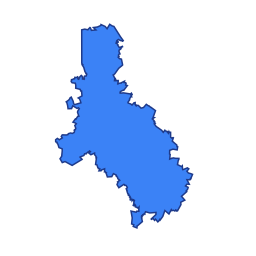 the district of Mangaung, Free State, South Africa, rotated 202°
{"feature_id": "47623444B22599792684232", "entity_name": "Mangaung", "entity_type": "district", "adm_level": 2, "iso_a3": "ZAF", "parent_name": "South Africa", "parent_adm1": "Free State", "projection": "albers", "projection_center": [26.542, -29.381], "detail": "fine", "context": "isolated", "style": "filled", "palette": "blue", "viewbox_px": 256, "rotation_deg": 202, "n_neighbors": 0, "source": "geoboundaries", "source_scale": "gbopen_adm2", "svg_char_len": 5766}
<svg xmlns="http://www.w3.org/2000/svg" viewBox="0 0 256 256"><g transform="rotate(202 128 128)"><path d="M51.0,70.1L50.2,76.8L51.3,78.9L48.3,82.4L52.8,84.7L49.7,91.0L50.5,91.4L49.9,93.0L49.8,94.1L50.0,95.5L53.0,95.8L52.3,98.0L50.1,98.8L54.0,102.2L51.1,103.2L50.6,104.6L50.8,104.8L51.1,104.7L51.0,105.1L50.8,105.2L50.8,109.2L52.8,109.2L55.2,108.9L57.2,110.0L56.3,112.9L58.0,113.3L61.5,109.9L62.0,110.3L63.5,113.3L63.9,112.3L68.4,112.6L69.2,116.4L69.1,118.1L69.4,118.9L72.5,117.7L74.9,117.2L76.2,116.1L76.3,116.2L77.7,114.8L79.0,119.3L79.7,119.4L81.0,122.9L78.4,125.2L74.2,126.1L74.9,129.2L75.6,129.1L76.4,130.5L82.0,132.4L82.3,135.8L82.6,135.7L82.7,135.9L82.9,135.8L82.9,134.9L85.0,135.4L86.9,140.0L88.3,139.6L88.6,139.9L88.4,138.2L90.0,138.9L90.0,139.5L92.5,139.3L93.0,139.7L93.7,137.2L96.0,138.5L102.5,140.0L105.2,141.7L104.5,142.6L106.2,143.5L105.8,144.1L107.9,145.2L108.8,145.5L107.6,147.4L108.7,147.1L109.0,154.4L114.5,155.8L114.8,155.7L116.9,156.4L117.4,156.2L119.9,156.8L121.3,152.8L123.3,151.3L126.9,152.8L128.5,152.3L128.5,151.7L129.1,151.7L129.2,152.4L130.2,152.4L130.9,154.3L131.8,153.7L132.9,150.8L134.4,151.3L137.2,151.2L137.7,151.9L137.0,154.8L137.5,155.3L137.1,158.0L136.3,158.3L137.6,159.6L136.6,160.4L136.6,160.5L137.9,161.6L138.4,160.5L145.3,158.9L148.3,157.4L148.8,158.3L148.2,159.6L146.3,161.6L146.0,161.5L144.5,167.1L146.3,166.9L146.5,168.6L146.9,168.7L147.1,169.1L148.6,168.7L148.8,170.1L151.3,167.3L151.2,167.1L153.6,165.8L153.7,165.1L154.0,165.0L154.7,168.2L155.0,168.4L156.1,167.6L156.8,167.6L157.1,167.9L157.0,167.5L157.2,167.2L158.3,166.8L158.8,169.1L161.6,171.6L161.2,172.0L160.5,173.4L159.0,179.8L156.6,184.3L156.8,184.8L159.9,189.4L161.9,189.1L163.7,190.0L163.6,190.5L163.1,190.9L164.2,192.0L164.0,193.1L163.2,193.7L165.0,195.5L165.4,196.9L164.3,198.5L164.4,198.8L164.3,199.4L164.4,199.6L164.3,199.9L164.1,200.0L164.1,200.7L163.9,200.9L163.9,201.2L163.6,201.4L163.8,201.6L166.1,199.3L168.6,201.0L168.5,201.4L170.1,202.2L170.9,202.2L170.9,202.8L170.6,203.2L169.9,203.3L169.3,203.8L169.6,204.4L170.3,204.3L170.8,203.8L171.1,204.0L171.1,204.8L170.1,206.5L169.9,206.5L169.7,206.4L169.4,206.5L168.6,206.3L168.2,206.4L167.4,206.3L166.2,206.6L165.6,206.4L165.4,206.5L165.4,207.0L165.2,207.3L169.2,209.8L179.1,216.9L180.9,216.7L183.8,217.3L184.6,212.2L187.2,213.6L191.8,213.8L191.6,212.9L194.2,210.2L197.7,208.2L194.5,206.9L198.5,204.8L200.4,206.8L200.9,206.9L201.9,204.6L202.0,204.0L205.1,203.5L207.7,201.7L195.1,170.7L193.7,169.8L194.2,169.4L191.7,167.6L189.0,164.1L187.9,163.4L187.5,162.8L187.0,162.9L187.0,162.6L186.4,162.3L186.3,162.1L186.4,161.6L186.2,160.7L186.8,160.2L187.7,159.9L187.9,159.5L187.6,158.2L186.8,157.1L186.9,156.7L187.9,156.7L188.5,156.4L188.9,157.4L189.5,158.3L190.1,158.9L191.0,159.3L191.2,159.0L191.9,157.1L191.8,156.2L192.0,155.5L191.9,154.7L192.3,154.5L193.0,155.0L193.2,155.4L193.4,156.2L193.6,156.5L194.0,156.6L194.4,155.8L195.0,155.3L196.2,155.1L196.0,153.6L197.1,153.0L197.7,152.0L198.5,151.7L198.1,149.8L196.8,149.0L193.6,149.8L192.3,147.8L191.4,145.3L186.7,145.9L185.8,144.6L184.9,144.9L182.7,140.5L185.4,137.2L184.1,137.0L182.6,135.6L181.1,133.7L186.2,129.7L187.4,130.1L188.9,132.3L192.2,135.4L193.0,134.3L193.0,133.6L193.2,132.3L193.8,131.1L195.1,129.1L194.2,128.6L192.4,126.2L190.8,123.4L187.6,124.8L187.5,127.9L182.6,127.1L181.6,128.2L180.4,127.7L180.9,125.0L180.8,123.8L178.0,120.5L179.0,119.9L179.6,116.6L180.2,116.7L181.2,112.8L178.7,112.9L177.5,112.6L178.3,110.4L176.3,108.2L176.2,106.8L176.8,106.6L177.1,105.8L176.5,105.2L176.2,104.0L176.3,103.6L177.6,102.1L179.3,101.9L181.2,100.4L181.2,99.4L182.4,98.5L186.4,97.0L186.7,95.1L185.2,94.2L187.3,91.4L189.6,91.9L190.7,90.0L190.0,88.3L189.5,88.0L188.4,88.2L187.9,87.2L186.9,86.7L184.7,84.0L181.2,84.0L180.4,82.1L178.9,77.0L179.5,74.0L176.0,71.3L173.8,73.3L165.8,72.4L158.8,81.7L159.2,82.0L161.5,82.9L161.6,83.2L158.6,86.0L158.6,87.8L157.7,88.1L157.1,88.4L157.3,88.9L156.1,90.3L156.1,90.9L155.5,91.3L155.1,92.3L154.0,92.0L154.9,90.1L152.4,89.3L149.6,92.2L148.9,90.7L147.0,89.7L146.5,88.4L146.1,88.6L144.4,82.0L143.0,82.2L141.2,80.0L140.8,79.9L140.3,79.3L139.8,79.6L138.7,79.5L138.9,77.4L136.9,78.3L136.8,79.2L134.4,81.4L133.6,79.2L133.3,79.1L133.3,78.7L132.9,78.9L132.7,78.7L132.4,78.8L132.0,78.3L131.6,78.4L131.7,78.1L131.4,78.0L128.8,74.9L124.8,76.8L124.4,80.2L121.4,80.0L121.3,79.6L121.0,79.6L120.7,79.4L120.8,79.0L120.7,78.8L119.3,78.5L118.6,77.4L117.5,76.7L117.0,76.9L116.5,76.5L116.1,76.4L117.4,74.2L117.0,74.1L117.0,71.4L114.1,69.2L110.7,74.2L110.1,74.2L109.5,73.6L108.6,74.0L108.2,74.0L106.3,72.6L106.3,72.3L106.9,70.9L106.5,70.8L106.0,70.2L105.5,69.9L105.5,69.7L105.6,69.3L105.0,68.9L104.7,68.3L103.4,66.8L102.9,67.0L102.5,66.8L102.3,66.5L102.4,65.7L102.1,65.6L101.4,65.8L100.4,65.2L100.5,64.5L99.6,64.5L99.5,64.3L99.8,64.0L99.8,63.8L99.1,63.5L98.8,63.1L99.2,62.5L99.1,62.2L98.9,62.1L98.3,62.5L98.2,63.1L98.0,63.3L97.3,63.4L97.2,62.8L97.0,62.3L96.7,63.4L95.9,63.6L95.8,63.3L95.8,62.7L95.5,62.5L95.3,62.5L95.2,62.9L94.9,63.0L94.8,61.7L94.6,61.0L94.6,60.4L94.0,59.9L93.3,59.8L94.2,58.9L94.2,58.2L93.8,58.1L93.6,58.2L93.1,58.2L92.5,58.7L91.9,58.8L91.8,58.7L91.9,58.3L91.6,57.6L90.1,57.8L89.7,57.8L89.6,57.5L89.0,57.4L88.4,57.6L88.4,58.1L88.2,58.7L87.6,56.8L86.7,54.8L88.7,54.2L88.9,53.0L94.1,52.1L90.4,46.2L88.7,40.4L86.4,40.5L86.3,38.7L82.3,38.7L82.8,40.6L82.7,40.6L79.6,46.6L81.7,49.7L81.5,49.8L82.4,51.2L82.4,51.6L81.8,51.5L81.9,52.7L81.5,52.6L81.4,53.6L81.0,53.6L80.9,54.5L80.2,54.5L80.4,54.9L80.4,56.9L76.0,57.4L70.4,60.2L69.7,58.2L72.4,52.3L72.0,52.1L70.8,53.5L68.8,52.3L68.3,53.8L65.2,52.1L64.7,52.9L64.3,55.1L63.7,54.7L62.6,59.0L62.9,65.3L57.8,63.6L57.3,68.6L57.0,68.4L56.7,67.8L56.4,67.7L55.2,68.7L53.5,68.6L53.1,69.8L52.2,69.3L51.9,69.2L51.6,69.4L51.7,70.1L51.4,70.3L51.0,70.1Z" fill="#3b82f6" stroke="#1e3a8a" stroke-width="1.5"/></g></svg>